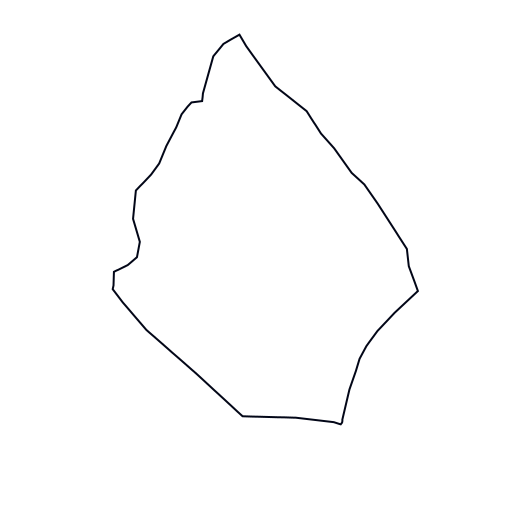 Al Mighlaf, Al Hudaydah, Yemen, rotated 50°
{"feature_id": "15242507B86244592928099", "entity_name": "Al Mighlaf", "entity_type": "district", "adm_level": 2, "iso_a3": "YEM", "parent_name": "Yemen", "parent_adm1": "Al Hudaydah", "projection": "robinson", "projection_center": [43.181, 15.311], "detail": "fine", "context": "isolated", "style": "outline", "palette": "ink", "viewbox_px": 512, "rotation_deg": 50, "n_neighbors": 0, "source": "geoboundaries", "source_scale": "gbopen_adm2", "svg_char_len": 1508}
<svg xmlns="http://www.w3.org/2000/svg" viewBox="0 0 512 512"><g transform="rotate(50 256 256)"><path d="M386.9,154.5L377.1,150.9L362.0,145.5L347.6,135.9L332.4,134.0L328.8,133.5L307.4,130.8L293.8,129.1L271.5,127.1L271.0,127.0L253.8,129.3L223.7,126.9L204.1,127.5L203.9,127.5L200.2,127.0L193.3,126.1L191.2,125.9L185.6,125.2L180.6,124.5L177.6,124.1L166.9,126.3L151.7,129.4L145.7,130.7L138.4,132.2L99.3,129.4L88.9,128.6L75.8,126.4L73.9,136.7L72.6,144.6L73.4,148.7L75.3,159.0L75.6,160.4L97.3,192.1L99.9,194.7L102.7,197.7L96.9,206.7L97.6,212.3L99.6,221.9L105.7,233.5L106.1,234.3L106.5,235.2L108.0,239.0L114.0,253.7L114.4,254.6L114.5,254.7L118.8,262.9L122.9,270.7L126.2,284.0L127.6,296.2L127.9,299.8L128.6,305.9L148.5,326.3L164.1,333.1L170.5,335.9L179.7,347.1L180.4,348.0L180.5,358.1L180.5,359.9L180.5,360.1L177.9,370.8L177.5,372.0L176.8,375.0L187.0,384.1L189.3,387.1L200.0,387.6L205.9,387.9L212.2,387.8L223.6,387.7L224.0,387.7L242.1,387.5L246.1,386.9L247.9,386.6L264.5,384.0L275.3,382.4L276.6,382.2L285.9,380.7L287.2,380.5L302.3,378.2L304.1,377.9L308.8,377.2L331.6,374.3L343.6,372.7L363.5,370.2L370.1,369.3L370.5,368.9L377.3,361.3L381.4,356.6L383.1,354.7L385.5,352.0L394.3,342.1L394.7,341.6L398.0,337.8L404.9,330.1L405.4,329.5L433.3,303.2L438.4,300.0L439.4,299.3L439.2,298.4L439.1,297.7L438.7,296.8L438.2,296.2L437.6,295.6L436.9,295.1L422.4,275.7L418.3,270.2L408.3,253.4L401.3,242.7L396.0,229.4L394.7,224.3L391.5,211.1L389.4,193.0L388.6,186.4L386.9,154.5Z" fill="none" stroke="#020617" stroke-width="2"/></g></svg>